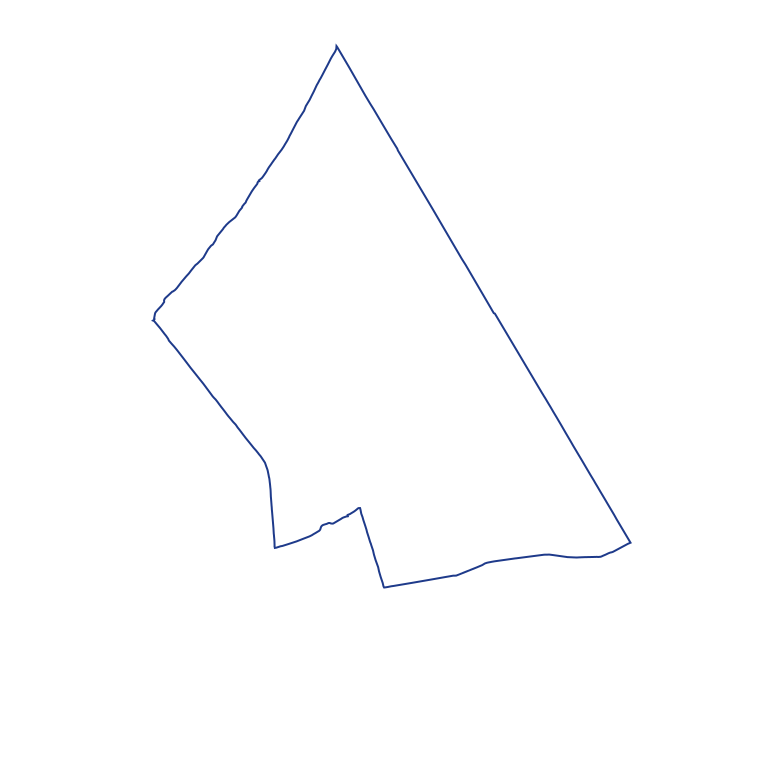 Lak Si, Bangkok Metropolis, Thailand (Natural Earth projection), rotated 138°
{"feature_id": "78962969B56226274044395", "entity_name": "Lak Si", "entity_type": "district", "adm_level": 2, "iso_a3": "THA", "parent_name": "Thailand", "parent_adm1": "Bangkok Metropolis", "projection": "natural_earth1", "projection_center": [100.575, 13.882], "detail": "fine", "context": "isolated", "style": "outline", "palette": "blue", "viewbox_px": 768, "rotation_deg": 138, "n_neighbors": 0, "source": "geoboundaries", "source_scale": "gbopen_adm2", "svg_char_len": 5434}
<svg xmlns="http://www.w3.org/2000/svg" viewBox="0 0 768 768"><g transform="rotate(138 384 384)"><path d="M574.8,335.2L573.3,334.3L572.1,333.8L571.7,333.6L569.4,332.6L568.8,332.2L567.8,331.6L566.7,331.1L562.1,329.0L554.2,325.5L547.8,323.1L541.3,320.6L538.8,319.9L537.6,319.7L536.9,319.6L534.7,319.1L532.0,318.6L531.5,318.5L530.6,318.3L530.1,318.3L529.3,318.4L528.8,318.5L528.5,318.7L526.8,319.7L525.9,320.1L525.6,320.1L524.9,320.2L523.6,320.0L522.7,319.6L521.4,319.0L521.2,318.9L520.2,318.4L519.0,318.0L518.5,317.9L518.0,317.6L517.5,317.2L517.3,317.0L516.9,316.1L516.8,315.9L515.9,314.9L515.5,314.6L515.3,314.4L514.6,314.2L509.7,313.2L506.2,312.5L504.7,312.3L503.6,312.0L500.5,310.7L499.9,310.2L499.4,309.9L498.9,310.8L498.8,311.0L498.7,311.0L498.3,310.9L498.1,310.8L497.8,310.7L496.8,310.3L496.1,310.1L494.9,309.9L491.8,309.3L489.9,309.1L488.1,309.0L486.8,309.0L486.5,308.9L486.3,308.9L485.8,308.7L484.8,307.8L485.7,306.1L487.1,303.8L487.7,302.8L489.0,299.5L490.3,296.9L492.9,291.0L494.6,287.3L495.7,285.3L497.8,280.6L500.0,275.9L500.7,274.0L501.3,272.8L503.5,267.7L505.6,264.0L508.1,258.7L510.9,251.8L513.0,248.2L515.6,242.8L518.1,237.0L518.6,236.1L519.7,234.1L520.0,233.2L520.1,232.7L519.6,232.3L517.0,230.6L515.6,229.8L513.9,228.8L512.0,227.5L495.8,217.2L479.9,207.2L467.1,199.2L464.1,197.3L462.0,196.0L460.9,195.3L460.5,195.0L458.7,193.4L458.3,193.2L457.5,192.9L443.9,187.9L437.1,185.4L436.5,185.2L432.8,183.9L432.2,183.7L431.7,183.6L429.5,183.2L429.0,183.1L428.6,182.9L427.2,182.3L426.5,181.9L425.6,181.4L424.0,180.4L423.1,179.9L420.4,178.2L403.2,166.6L402.4,166.0L379.8,150.4L379.0,149.8L375.3,146.6L375.1,146.4L372.7,143.6L365.0,134.4L364.4,133.7L363.5,132.6L357.1,126.3L356.0,125.4L354.4,124.1L350.8,121.1L344.9,116.0L341.5,113.1L340.2,111.8L339.3,111.2L339.0,110.9L337.8,110.3L336.4,109.9L333.5,108.9L330.4,108.0L328.6,107.3L327.4,106.6L326.5,106.2L325.9,106.0L309.6,102.0L307.0,101.1L301.7,127.6L300.5,132.9L298.1,144.9L296.7,151.8L295.2,159.4L294.2,164.2L293.2,169.3L292.6,172.0L291.3,178.9L289.7,186.7L288.3,193.5L286.0,205.1L284.8,211.2L283.4,217.7L281.7,226.1L279.8,235.0L278.6,240.9L278.1,243.3L276.8,250.0L275.6,255.7L274.9,259.4L273.6,265.9L273.6,266.0L273.2,268.3L272.8,270.2L272.7,271.0L254.5,362.1L255.0,363.2L254.3,366.7L254.0,368.0L243.6,418.1L242.8,422.9L242.7,423.5L242.3,425.7L234.7,462.5L230.8,481.3L217.4,548.3L216.7,550.0L214.7,561.0L213.0,569.5L211.3,578.0L207.8,595.3L206.8,601.1L204.9,610.9L198.0,642.7L193.4,665.3L193.3,665.7L193.2,666.9L195.3,664.9L198.0,663.7L202.7,662.4L205.8,661.4L211.7,659.1L217.7,656.9L223.0,654.9L226.3,653.7L228.6,653.0L231.2,652.0L233.7,651.2L234.0,651.1L240.3,648.4L245.5,646.4L246.2,646.1L249.5,644.8L252.6,643.9L254.5,643.3L255.3,643.1L256.2,642.8L260.6,640.5L261.4,640.3L269.9,638.0L270.5,637.8L273.5,637.0L281.5,634.0L285.7,632.4L288.3,631.5L289.3,631.0L293.0,629.6L297.4,628.3L299.5,627.6L303.4,626.6L309.0,625.6L314.2,624.3L315.1,624.2L319.5,623.2L320.7,622.9L321.4,622.7L321.6,622.7L324.8,622.0L326.0,621.6L327.1,621.3L328.3,620.8L330.8,620.1L334.7,619.2L336.2,618.9L337.0,618.8L337.6,618.8L338.5,618.9L339.5,618.9L340.7,619.0L341.0,618.2L341.4,618.4L341.6,618.4L341.7,618.5L342.0,618.5L342.4,618.5L342.6,618.5L342.9,618.4L343.2,618.3L343.5,618.0L343.6,617.9L343.9,617.7L344.1,617.6L344.5,617.5L346.4,617.1L346.6,617.1L349.7,616.5L353.4,615.6L355.9,614.8L361.9,612.9L362.5,612.7L363.9,612.2L364.8,611.7L365.6,611.4L367.4,611.3L370.3,610.8L370.7,610.7L371.2,610.2L371.8,610.0L375.5,609.5L375.9,609.4L380.7,607.9L382.4,607.5L383.5,607.4L384.6,607.5L390.6,607.9L394.7,607.8L395.7,607.6L398.6,607.3L399.4,607.0L401.0,606.7L403.0,606.4L407.6,605.7L409.3,605.4L412.5,603.8L413.4,603.4L413.9,603.3L415.7,602.8L416.7,602.5L417.7,602.2L420.0,602.5L424.5,601.8L425.1,601.6L425.8,601.4L432.9,599.0L433.1,598.9L434.2,598.7L442.3,598.3L443.0,598.4L444.8,598.5L446.7,598.2L451.5,597.4L455.1,596.7L458.3,596.4L460.0,596.2L466.6,595.3L466.9,595.2L473.8,593.9L475.9,593.7L476.7,593.7L478.9,594.0L479.6,594.3L480.5,594.3L481.8,594.3L485.6,594.2L488.7,594.2L489.3,594.1L489.8,594.0L490.1,594.0L490.8,593.7L491.2,593.5L491.6,593.2L492.1,592.5L492.2,592.4L492.6,592.0L493.0,591.9L493.7,591.8L495.6,591.3L497.5,591.0L502.4,590.6L503.6,590.4L505.3,590.2L506.2,590.0L506.7,589.7L507.1,589.5L511.0,586.5L511.0,586.0L511.0,585.9L511.2,585.7L511.7,585.6L513.2,585.7L512.7,584.7L513.0,575.5L513.6,568.1L513.7,565.7L513.9,564.2L514.2,562.0L514.8,560.2L514.9,556.5L514.9,552.2L515.1,548.0L516.0,536.1L516.7,527.7L516.9,525.4L517.3,518.5L517.8,510.3L518.1,504.9L519.3,492.3L519.6,489.4L519.6,487.1L519.5,485.2L519.7,482.2L520.0,479.4L520.2,477.0L520.3,476.0L520.4,474.3L520.7,470.3L521.1,466.1L521.1,465.8L521.2,464.5L521.3,461.2L521.5,457.1L521.5,456.6L521.4,453.1L521.7,450.7L521.8,450.0L521.9,449.8L521.9,449.0L522.1,445.9L522.5,441.4L522.9,436.6L523.4,426.9L523.6,423.8L523.6,420.3L523.8,416.5L523.9,415.9L524.0,412.8L525.1,405.2L526.3,402.3L526.5,401.9L527.7,398.9L528.3,397.6L530.2,394.4L530.9,393.2L531.3,392.6L532.0,391.4L532.1,391.1L533.0,389.7L534.8,387.2L535.7,385.9L538.0,382.8L538.4,382.2L539.4,380.9L540.8,379.2L543.7,375.7L543.9,375.4L546.8,371.6L548.9,368.9L549.5,368.1L549.7,367.8L551.7,365.3L551.8,365.1L556.2,359.3L562.5,351.0L564.1,349.0L566.1,346.5L566.8,345.5L567.0,345.2L567.5,344.6L568.0,343.9L568.4,343.4L568.6,343.1L569.9,341.4L570.6,340.5L573.3,337.3L573.6,337.0L574.0,336.6L574.3,336.0L574.4,335.9L574.8,335.2Z" fill="none" stroke="#1e3a8a" stroke-width="2"/></g></svg>